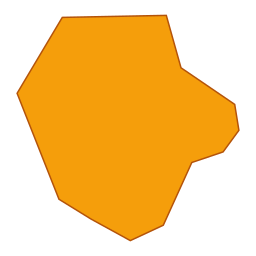 Margilan city, Ferghana, Uzbekistan (Mercator projection)
{"feature_id": "79887680B77286395999691", "entity_name": "Margilan city", "entity_type": "district", "adm_level": 2, "iso_a3": "UZB", "parent_name": "Uzbekistan", "parent_adm1": "Ferghana", "projection": "mercator", "projection_center": [71.731, 40.482], "detail": "fine", "context": "isolated", "style": "filled", "palette": "amber", "viewbox_px": 256, "rotation_deg": 0, "n_neighbors": 0, "source": "geoboundaries", "source_scale": "gbopen_adm2", "svg_char_len": 280}
<svg xmlns="http://www.w3.org/2000/svg" viewBox="0 0 256 256"><path d="M238.9,130.3L234.7,104.4L181.0,67.8L166.3,15.4L62.3,17.4L17.1,93.3L59.0,199.3L91.1,219.1L130.3,240.6L163.3,225.2L191.8,162.5L223.1,151.9L238.9,130.3Z" fill="#f59e0b" stroke="#b45309" stroke-width="1.5"/></svg>